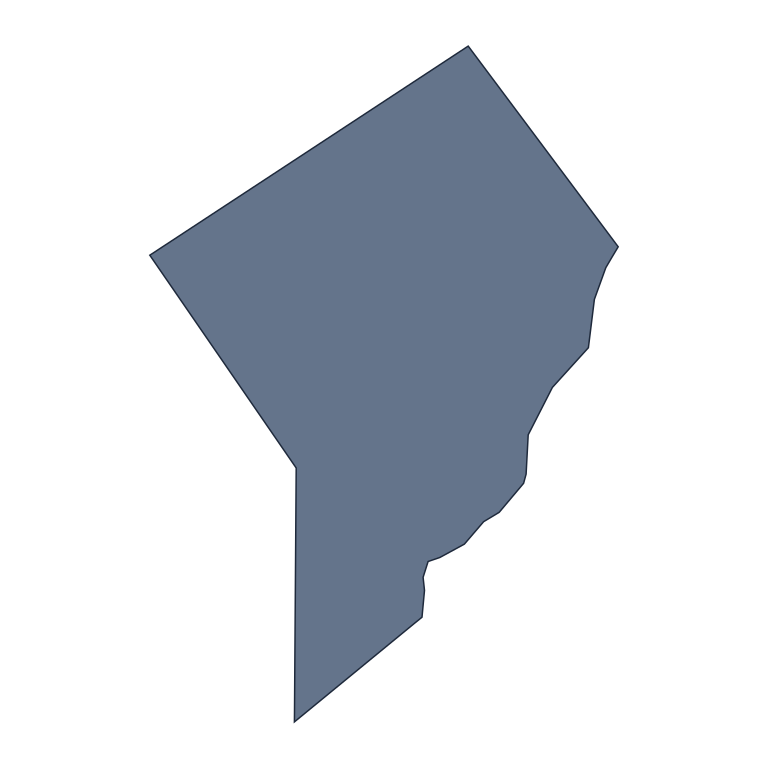 10 Ramadan 2, Al Qahirah, Egypt
{"feature_id": "37247803B93568001164514", "entity_name": "10 Ramadan 2", "entity_type": "district", "adm_level": 2, "iso_a3": "EGY", "parent_name": "Egypt", "parent_adm1": "Al Qahirah", "projection": "albers", "projection_center": [31.709, 30.237], "detail": "fine", "context": "isolated", "style": "filled", "palette": "slate", "viewbox_px": 768, "rotation_deg": 0, "n_neighbors": 0, "source": "geoboundaries", "source_scale": "gbopen_adm2", "svg_char_len": 430}
<svg xmlns="http://www.w3.org/2000/svg" viewBox="0 0 768 768"><path d="M618.2,246.8L468.2,46.1L458.3,52.6L149.8,255.2L296.2,468.0L294.5,712.2L294.4,721.9L414.0,623.7L422.0,617.2L424.5,590.4L423.1,577.3L428.1,561.5L439.8,557.5L464.4,544.1L483.6,521.7L499.2,512.3L523.6,483.3L526.1,474.1L528.2,434.8L552.4,387.4L588.4,347.7L594.4,299.3L605.8,267.7L611.6,257.8L618.2,246.8Z" fill="#64748b" stroke="#1e293b" stroke-width="1.5"/></svg>